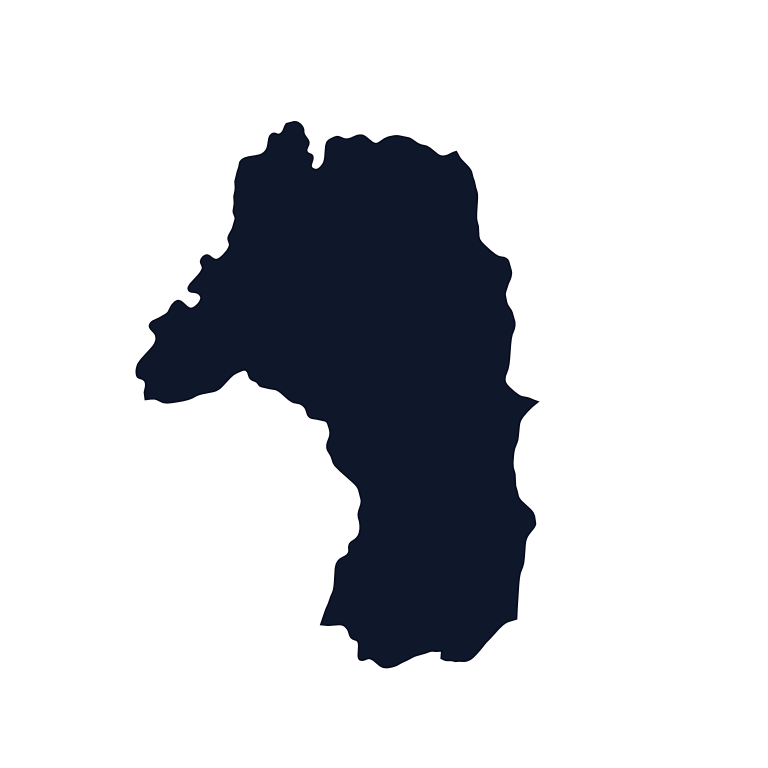 outline of Yamasá, Monte Plata, Dominican Republic, rotated 222°
{"feature_id": "3306468B37411515289314", "entity_name": "Yamasá", "entity_type": "district", "adm_level": 2, "iso_a3": "DOM", "parent_name": "Dominican Republic", "parent_adm1": "Monte Plata", "projection": "equal_earth", "projection_center": [-70.05, 18.766], "detail": "fine", "context": "isolated", "style": "filled", "palette": "ink", "viewbox_px": 768, "rotation_deg": 222, "n_neighbors": 0, "source": "geoboundaries", "source_scale": "gbopen_adm2", "svg_char_len": 6171}
<svg xmlns="http://www.w3.org/2000/svg" viewBox="0 0 768 768"><g transform="rotate(222 384 384)"><path d="M135.4,260.0L135.1,266.9L135.1,278.5L134.6,284.9L133.9,288.0L132.8,290.7L128.3,298.1L136.0,307.5L149.9,325.1L153.8,330.4L156.5,334.8L158.8,340.9L160.6,344.4L163.6,348.6L171.5,358.8L173.7,362.0L174.8,364.4L175.6,366.9L176.0,369.7L176.5,377.6L177.1,380.0L177.6,381.1L178.3,381.9L183.9,386.5L186.8,387.9L189.0,388.4L191.3,388.6L203.8,388.8L207.1,389.4L209.1,390.3L213.5,393.4L218.2,396.3L226.4,404.6L232.1,408.2L235.6,411.7L239.6,416.8L241.9,420.0L243.9,423.4L246.2,429.5L247.3,431.9L249.5,435.1L255.7,443.5L257.1,445.7L258.2,448.2L259.0,452.3L259.2,459.4L258.8,466.7L257.6,473.9L261.6,472.2L266.8,470.4L268.7,469.4L273.2,466.6L276.4,465.7L282.1,465.2L288.9,465.2L292.2,465.6L294.4,466.2L295.4,466.7L297.1,468.1L299.2,470.9L302.0,478.0L304.7,482.5L307.8,486.8L316.8,498.4L319.9,502.8L321.9,506.2L324.2,512.2L326.1,515.2L328.4,517.6L336.7,522.8L338.6,523.7L344.0,525.0L346.0,525.8L347.9,526.9L353.7,531.3L354.4,532.1L355.5,534.0L358.9,541.6L360.5,546.4L361.5,548.7L363.5,551.7L365.2,553.2L373.3,558.3L375.2,559.0L377.3,558.9L379.3,558.3L382.7,556.1L384.7,555.2L388.1,554.5L394.0,554.1L402.4,554.2L405.9,554.4L409.3,555.2L410.4,555.7L412.4,557.1L419.5,564.2L424.2,567.3L426.1,568.9L429.6,572.8L438.8,584.4L441.5,587.3L443.4,588.8L447.2,591.1L452.5,594.9L456.4,597.0L460.8,600.0L462.8,600.9L466.1,601.6L477.3,602.4L479.5,602.9L485.8,605.1L487.4,602.3L489.2,597.8L490.2,595.6L492.3,592.9L494.1,591.6L495.2,591.0L497.5,590.5L507.1,590.0L510.5,589.4L512.5,588.6L516.1,586.5L518.2,585.7L520.5,585.1L527.7,584.2L530.0,583.5L539.3,578.0L541.2,576.4L542.9,574.5L546.0,570.2L547.6,566.6L549.3,559.6L550.3,557.7L551.2,556.9L552.1,556.4L554.1,555.8L563.2,555.3L565.5,554.8L566.6,554.3L568.3,552.9L569.8,551.2L570.9,549.2L573.4,543.7L575.4,541.1L577.1,539.8L578.0,539.3L582.6,537.7L584.3,536.6L585.6,534.8L587.3,531.0L588.0,528.9L588.3,526.6L588.1,525.3L587.6,524.1L586.4,521.8L579.1,512.3L577.7,509.9L577.1,508.6L576.7,507.3L576.3,504.6L576.3,502.0L576.5,500.8L576.8,499.6L577.4,498.5L578.2,497.6L579.0,497.1L581.4,496.3L583.1,496.6L583.9,497.0L585.0,498.5L587.1,503.1L588.2,504.6L589.6,505.7L591.2,506.0L594.0,505.0L595.5,504.8L597.1,505.2L598.4,506.4L600.4,511.9L601.7,513.5L603.6,514.5L608.9,515.7L610.9,516.5L611.7,517.0L614.3,519.5L616.2,520.5L618.3,521.0L620.6,521.1L622.8,520.8L624.8,520.0L626.4,518.6L630.7,512.1L630.2,509.6L628.4,504.6L628.1,502.4L628.2,501.3L628.9,499.4L629.5,498.7L630.2,498.3L632.9,497.2L634.1,496.0L634.6,495.1L634.8,492.9L634.7,491.7L633.8,489.5L629.9,483.4L628.7,481.1L628.0,478.5L628.0,475.8L628.6,473.1L629.8,470.7L632.2,467.4L636.4,462.2L638.5,459.0L639.4,456.6L639.7,455.4L639.6,453.0L639.3,452.0L636.9,448.0L635.1,443.9L630.2,434.8L626.5,431.2L625.1,429.6L623.8,427.8L621.0,423.0L617.3,419.4L615.8,417.8L611.7,411.6L610.2,410.4L606.0,408.3L604.7,406.7L600.7,398.4L600.0,396.0L598.9,391.2L598.1,389.1L597.6,388.2L596.2,386.9L592.4,384.8L591.7,384.0L590.6,381.8L589.8,377.8L589.7,372.0L590.2,367.9L591.0,365.4L591.7,364.4L592.6,363.6L593.6,363.2L595.6,362.7L599.6,362.4L601.5,361.7L602.3,360.9L602.9,360.0L603.6,357.8L603.5,355.5L603.3,354.4L602.4,352.4L601.0,351.3L598.7,350.3L597.2,349.5L596.5,348.8L595.9,347.7L595.5,346.5L595.0,343.8L594.8,340.8L594.9,328.6L594.4,326.0L594.0,324.8L593.3,323.8L592.4,323.2L590.7,322.8L589.0,323.4L586.0,325.5L584.3,326.5L582.3,327.0L580.4,327.0L578.5,326.3L577.6,325.6L576.8,324.4L576.0,321.9L575.7,319.1L576.1,315.0L577.0,312.4L577.7,311.3L578.6,310.6L579.6,310.1L581.7,309.7L588.3,309.7L590.3,309.5L592.3,308.7L593.1,307.9L593.7,306.9L594.4,304.6L594.4,300.9L594.0,298.5L592.5,293.3L592.5,291.1L593.0,289.0L595.3,282.2L597.9,276.1L598.3,273.9L598.2,272.7L597.9,271.6L597.4,270.5L596.6,269.7L595.8,269.2L593.8,268.7L588.4,268.2L586.2,267.4L584.5,266.1L583.0,264.4L582.4,263.3L581.4,260.7L580.9,257.7L580.8,253.0L580.9,240.1L580.4,235.4L580.1,233.9L579.1,231.6L577.9,229.4L576.5,227.5L574.1,225.3L572.4,224.4L571.6,224.2L569.9,224.6L567.6,225.7L565.9,226.2L563.9,226.2L562.1,225.4L560.5,224.0L559.2,222.3L556.5,217.5L551.0,212.7L547.5,216.8L544.7,219.4L542.6,220.5L537.4,222.0L535.4,222.8L532.4,225.0L529.7,227.9L526.4,231.9L521.8,237.8L519.1,241.9L517.4,245.2L515.7,250.0L514.6,252.2L512.6,255.3L506.0,264.1L504.7,266.2L503.8,268.5L503.1,271.2L502.9,274.0L502.7,285.5L502.3,289.8L501.6,292.3L500.7,294.6L498.4,299.6L497.1,301.2L496.2,301.7L495.3,301.9L493.4,301.7L488.6,299.0L486.7,298.5L484.7,298.7L481.4,299.9L479.8,300.3L475.2,299.5L473.5,300.0L466.4,303.9L461.0,307.4L458.8,308.1L455.3,308.6L444.5,308.7L441.0,309.2L438.8,309.9L433.4,313.1L430.2,313.8L428.1,313.7L426.0,313.3L424.1,312.4L421.5,310.8L419.7,309.9L418.7,309.7L416.7,309.6L414.7,310.3L410.4,313.1L403.4,317.1L401.6,317.6L400.7,317.5L399.0,316.8L394.7,314.3L392.0,312.3L390.5,310.6L389.2,308.6L386.9,302.9L385.8,300.8L383.6,298.3L381.7,297.1L375.5,295.2L373.6,294.3L369.1,291.6L365.8,290.6L358.8,290.2L341.0,290.3L337.4,290.1L335.2,289.7L333.0,289.0L331.1,287.9L323.9,283.1L322.2,281.6L320.3,278.7L317.9,273.1L316.1,270.1L313.7,267.8L309.9,265.4L307.2,263.0L304.6,260.1L302.5,256.7L301.6,254.2L301.3,251.6L301.5,249.1L302.7,244.2L302.6,242.2L302.2,241.2L301.3,239.5L298.2,236.4L297.7,235.6L297.1,233.5L297.1,232.4L297.5,230.3L299.0,226.3L299.6,223.9L299.6,221.3L299.0,218.7L297.9,216.4L296.5,214.2L286.9,202.1L284.7,198.9L283.4,196.7L282.4,194.3L281.2,190.5L278.3,183.8L276.3,177.6L270.0,162.9L264.1,167.3L256.1,175.6L254.1,177.0L252.0,177.7L249.8,177.8L246.6,177.3L244.7,176.4L241.2,174.3L239.4,173.6L238.4,173.5L236.5,173.7L232.5,175.3L230.7,175.0L229.0,173.9L227.4,172.3L221.3,164.8L219.7,163.5L218.8,163.1L217.8,162.9L216.9,163.1L215.4,164.1L214.2,165.6L212.4,169.1L211.8,169.9L210.2,170.9L207.2,171.7L198.4,172.0L195.2,172.9L193.1,174.3L191.3,176.0L188.9,179.1L187.5,181.4L186.3,183.8L184.6,188.8L182.2,194.4L179.5,201.8L178.2,204.1L173.3,211.8L171.1,216.0L169.8,217.7L166.5,220.2L162.5,224.3L158.0,218.4L154.8,219.3L152.9,220.2L151.3,221.5L148.5,224.0L145.4,225.6L142.9,228.3L138.9,231.6L137.2,233.7L136.0,236.3L135.5,237.7L135.0,240.7L134.8,245.3L134.9,251.6L135.4,260.0Z" fill="#0f172a" stroke="#020617" stroke-width="1.5"/></g></svg>